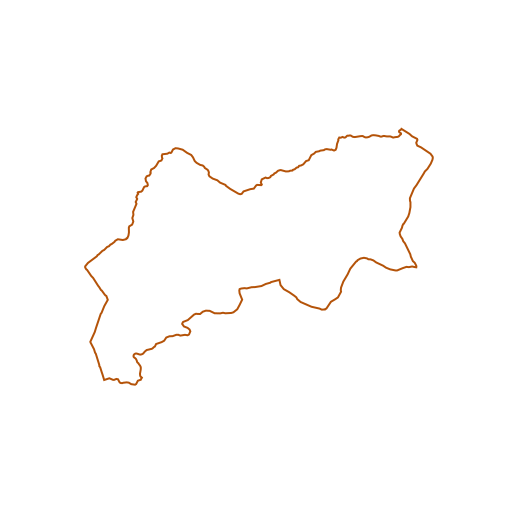 the district of Esquipulas, Chiquimula, Guatemala, rotated 206°
{"feature_id": "79465075B80702943511797", "entity_name": "Esquipulas", "entity_type": "district", "adm_level": 2, "iso_a3": "GTM", "parent_name": "Guatemala", "parent_adm1": "Chiquimula", "projection": "orthographic", "projection_center": [-89.268, 14.632], "detail": "fine", "context": "isolated", "style": "outline", "palette": "amber", "viewbox_px": 512, "rotation_deg": 206, "n_neighbors": 0, "source": "geoboundaries", "source_scale": "gbopen_adm2", "svg_char_len": 5890}
<svg xmlns="http://www.w3.org/2000/svg" viewBox="0 0 512 512"><g transform="rotate(206 256 256)"><path d="M305.3,94.3L305.4,94.9L305.3,95.8L305.2,96.6L306.1,96.9L306.6,96.9L307.0,97.1L307.6,97.6L308.3,98.7L308.6,99.2L308.8,99.7L309.1,100.9L309.4,101.9L309.8,103.3L310.2,104.3L310.7,105.3L311.3,106.0L312.3,106.7L313.7,107.4L314.2,107.7L314.8,108.1L315.8,108.3L316.6,108.8L317.2,109.6L317.7,110.0L318.2,110.4L318.7,110.8L319.2,111.0L319.7,111.2L320.6,111.3L321.6,111.6L322.2,112.3L322.4,113.0L322.5,113.5L322.4,114.1L322.1,114.7L321.7,115.3L321.2,115.7L320.5,116.0L319.9,116.1L319.3,116.2L318.7,116.3L317.6,116.4L317.1,116.6L316.5,116.8L315.8,117.4L315.1,118.1L314.6,119.0L314.3,120.3L314.0,121.4L313.5,122.6L313.0,123.6L312.5,124.0L311.0,125.2L310.0,126.1L309.5,126.4L308.8,127.1L308.4,127.8L308.1,128.7L307.9,129.2L307.7,129.6L307.2,130.3L307.2,133.1L303.0,137.3L301.4,139.6L300.9,143.4L298.6,145.9L295.8,147.4L293.1,150.2L291.4,151.1L289.1,151.3L285.3,154.0L282.7,154.8L281.8,156.1L282.0,159.5L283.5,160.8L286.0,161.4L289.9,161.1L292.6,162.6L292.7,163.4L292.6,164.8L289.2,168.5L286.0,176.2L284.6,177.8L283.1,178.3L280.8,179.4L279.4,182.6L277.1,184.9L273.6,186.4L268.1,186.4L263.1,188.7L260.8,190.5L258.4,191.1L253.2,194.0L251.6,195.5L249.5,199.9L249.3,204.7L249.3,210.7L254.4,215.3L255.9,217.7L256.2,219.1L255.0,220.3L252.2,222.1L250.1,222.8L246.3,226.0L243.3,227.6L237.9,231.4L234.9,235.2L231.4,238.3L231.1,239.1L224.5,244.8L221.2,240.6L216.5,238.4L210.1,238.0L204.3,237.1L201.6,236.5L200.0,235.3L195.7,234.2L183.9,234.7L175.8,236.6L173.5,236.6L171.4,237.7L170.5,238.2L170.5,238.8L169.7,239.5L168.6,247.7L166.0,251.6L164.2,254.7L163.9,261.2L164.8,262.4L165.7,264.8L166.3,271.3L165.6,279.7L165.7,285.9L163.6,294.9L163.0,295.6L162.9,296.7L161.0,299.5L158.2,301.7L155.2,302.5L153.6,302.3L151.6,303.2L148.5,303.5L145.2,302.9L137.4,303.0L134.1,302.5L129.6,302.8L124.5,304.1L123.7,304.4L122.8,304.9L118.8,309.4L116.0,312.2L113.7,313.0L111.1,315.0L108.2,315.7L107.0,316.1L107.3,317.0L107.7,317.5L108.2,317.9L110.4,319.5L112.8,320.2L115.8,322.7L116.4,323.1L118.1,325.2L127.7,332.7L130.1,333.8L132.0,335.6L134.6,337.0L136.4,338.8L137.2,340.0L137.2,345.5L137.6,347.1L137.7,349.1L137.3,349.7L136.5,358.2L137.0,361.8L138.6,367.6L140.8,372.1L141.8,373.1L143.0,375.4L143.6,385.9L142.8,390.0L141.4,403.8L141.3,406.0L140.1,409.4L139.4,415.6L139.6,419.8L140.1,421.7L140.9,422.8L144.0,424.4L155.4,426.0L159.4,425.9L160.9,427.2L161.6,428.0L161.8,431.1L162.6,431.9L168.2,432.0L171.6,433.0L181.0,434.0L181.0,433.4L181.3,432.7L182.0,431.8L182.2,431.1L181.9,430.4L181.5,430.1L181.0,430.0L180.4,429.9L179.7,429.9L179.3,429.6L179.1,428.9L179.4,428.4L179.6,427.9L179.8,427.2L180.0,426.5L180.2,426.0L180.5,425.6L181.0,425.1L181.6,424.7L182.3,424.3L182.9,423.9L183.6,423.4L184.6,422.6L185.2,422.5L185.7,422.5L186.4,422.5L187.1,422.4L187.8,422.3L188.9,421.8L189.8,421.3L190.5,421.0L191.2,420.7L191.9,420.5L192.5,420.3L193.1,420.2L193.8,419.9L194.3,419.5L194.8,419.1L195.2,418.6L195.6,418.3L196.4,417.9L197.3,417.8L197.8,417.8L198.4,417.7L199.2,417.5L199.8,417.3L200.6,417.1L201.6,416.8L202.6,416.4L203.4,416.1L203.9,415.8L204.6,415.3L205.1,414.9L205.4,414.4L206.0,413.5L206.4,412.9L207.1,412.2L207.8,411.6L208.4,411.2L209.3,410.7L210.2,410.5L211.0,410.5L211.8,410.5L212.4,410.6L212.9,410.5L213.5,410.2L214.8,409.4L218.6,406.7L219.4,406.2L220.1,405.9L221.2,405.6L221.8,405.6L222.7,405.7L223.4,405.8L224.4,405.6L224.9,405.2L225.5,404.7L226.1,404.5L226.7,404.1L227.0,403.6L227.2,402.8L227.5,402.1L227.9,401.5L228.6,401.1L229.2,401.0L229.8,401.0L230.5,400.9L230.8,400.5L231.4,399.8L231.8,399.4L233.1,399.0L233.2,396.9L232.7,396.2L232.3,392.3L231.1,388.5L231.0,386.3L232.1,385.0L234.9,384.8L235.5,384.2L239.3,383.1L240.7,382.1L241.4,380.9L244.4,378.9L245.2,377.8L247.9,375.8L248.7,373.5L250.5,370.9L250.6,365.2L252.6,363.3L253.7,359.1L255.2,357.1L256.8,355.9L257.0,354.3L258.3,353.2L259.2,351.0L260.6,349.6L260.7,348.8L262.7,347.6L263.6,346.5L266.2,345.1L271.4,344.1L272.3,343.5L273.6,342.2L274.6,339.6L275.7,338.3L275.9,337.0L277.7,334.5L277.7,333.1L278.9,331.6L280.2,330.8L281.8,330.7L284.4,327.4L283.9,324.1L282.7,323.2L282.1,322.7L282.3,322.0L286.2,320.4L286.8,319.4L287.5,315.6L290.4,313.6L295.5,308.6L296.1,305.6L297.3,304.6L299.2,304.3L308.7,305.0L313.7,305.9L314.6,306.5L320.5,306.2L323.9,307.1L328.9,306.6L332.8,307.2L334.3,308.4L335.0,310.5L336.5,311.9L337.5,312.3L340.6,312.7L341.7,313.5L343.6,314.0L346.1,313.4L350.3,313.7L352.7,314.5L355.8,317.0L358.5,318.4L363.2,318.5L368.5,319.4L373.2,318.5L375.6,317.6L377.3,315.3L377.4,311.9L377.8,311.2L379.2,311.0L380.5,309.1L384.7,306.4L384.6,304.8L383.7,303.4L382.9,302.7L382.9,300.4L383.4,299.8L384.9,298.4L385.3,293.3L386.2,290.4L388.1,287.8L387.7,285.0L387.1,284.6L386.9,283.8L387.2,281.5L388.1,280.9L389.2,279.7L389.3,277.2L387.7,275.0L385.6,274.0L384.3,272.3L384.4,271.1L386.2,269.9L386.8,268.9L386.8,264.9L387.4,263.5L390.0,261.7L390.1,260.9L389.1,260.2L389.5,258.6L389.4,256.4L387.8,255.2L387.8,251.8L386.3,250.5L385.8,241.8L384.2,239.2L383.8,235.9L381.4,233.2L381.3,232.4L381.1,229.9L382.9,227.1L382.7,225.7L380.5,221.4L379.6,218.4L379.5,215.5L380.1,215.2L380.2,214.1L380.8,213.6L382.7,212.0L387.5,210.5L389.2,208.0L389.4,206.6L391.1,203.2L391.8,202.6L392.4,200.4L393.8,198.8L395.1,194.9L396.3,193.3L398.1,188.3L398.8,187.4L398.9,186.0L404.0,176.1L405.0,171.8L404.5,170.8L402.7,169.6L401.8,169.5L395.3,165.8L392.8,164.9L384.8,160.0L383.3,159.3L380.5,157.5L379.4,157.3L375.1,155.0L374.1,154.6L373.0,154.5L370.0,151.6L370.4,144.5L369.9,137.2L370.2,135.9L368.3,121.4L367.6,117.0L367.3,106.3L366.7,105.6L366.2,105.3L360.7,101.2L358.3,98.6L357.1,97.9L349.2,89.5L348.4,88.2L347.3,87.7L343.7,83.9L342.0,82.2L338.1,78.0L334.2,81.8L330.3,82.0L329.3,82.4L327.6,84.3L326.0,84.7L323.4,82.8L322.4,82.5L321.7,82.6L320.5,83.1L319.7,83.9L316.9,85.7L314.8,86.4L312.0,86.1L308.3,87.3L307.6,88.4L307.5,92.1L305.3,94.3Z" fill="none" stroke="#b45309" stroke-width="2"/></g></svg>